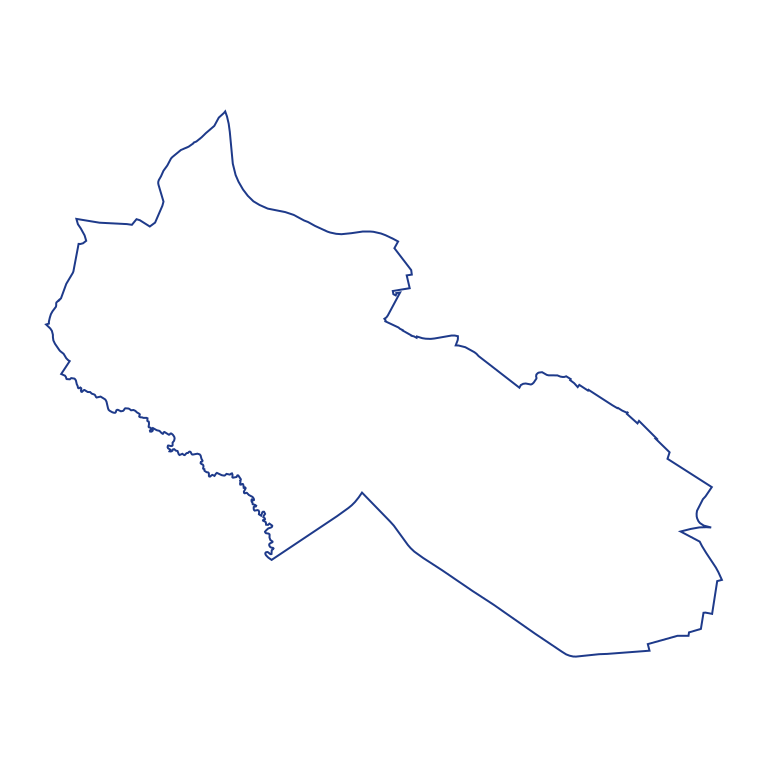 the district of Cumberland, New South Wales, Australia
{"feature_id": "25037944B74007778337807", "entity_name": "Cumberland", "entity_type": "district", "adm_level": 2, "iso_a3": "AUS", "parent_name": "Australia", "parent_adm1": "New South Wales", "projection": "natural_earth1", "projection_center": [150.958, -33.837], "detail": "fine", "context": "isolated", "style": "outline", "palette": "blue", "viewbox_px": 768, "rotation_deg": 0, "n_neighbors": 0, "source": "geoboundaries", "source_scale": "gbopen_adm2", "svg_char_len": 6060}
<svg xmlns="http://www.w3.org/2000/svg" viewBox="0 0 768 768"><path d="M46.1,324.5L50.3,328.5L51.9,330.9L52.9,334.8L52.9,337.1L53.4,340.5L55.0,343.8L59.4,350.2L60.3,351.2L63.6,353.8L66.3,358.3L68.2,360.2L69.7,361.1L61.2,374.0L65.0,375.7L66.0,377.2L66.4,378.8L66.8,379.1L69.8,379.3L71.2,378.1L74.4,378.6L74.9,379.0L75.9,380.4L76.8,384.3L77.6,385.9L78.0,387.8L78.9,388.3L80.3,387.5L81.2,388.2L81.3,388.9L80.9,390.7L81.4,391.8L81.9,391.9L83.7,390.2L84.5,390.0L87.7,392.0L90.2,392.1L91.7,393.6L94.5,394.6L95.1,395.2L96.0,397.0L96.6,397.5L100.6,396.6L105.0,399.3L105.7,400.1L106.5,401.7L108.0,408.2L108.6,409.8L109.7,410.8L112.4,412.3L114.2,412.8L115.3,412.7L115.8,412.1L116.4,410.3L117.2,409.8L118.1,409.9L120.9,411.3L123.0,410.9L123.7,410.3L124.8,408.6L125.3,408.3L128.3,408.5L129.3,408.9L131.1,410.3L133.5,410.0L135.4,410.9L136.8,412.3L139.5,413.9L139.8,414.6L139.2,416.4L139.5,416.9L140.6,417.3L142.2,417.4L143.4,417.9L146.6,417.9L147.5,418.3L147.3,420.8L148.0,421.4L148.6,421.5L148.9,422.1L149.0,424.1L148.6,426.8L149.0,427.3L150.6,427.8L151.2,428.7L151.1,429.1L149.9,430.7L150.2,431.6L151.6,431.6L152.6,430.8L152.8,430.2L152.1,428.5L152.8,428.0L156.7,430.2L159.5,430.9L161.5,433.0L162.7,433.8L163.1,433.7L163.7,432.3L164.5,432.0L168.8,434.7L169.5,434.6L170.5,433.5L171.3,433.5L172.8,434.7L173.8,436.1L174.4,437.2L174.6,438.5L174.1,440.7L172.6,442.6L172.6,445.3L172.3,445.8L171.0,446.1L168.6,445.5L168.0,445.6L167.8,446.1L167.6,447.2L168.1,448.3L170.4,449.7L169.5,451.3L170.8,451.5L171.7,451.2L172.4,450.7L173.1,449.3L174.3,449.2L175.8,450.6L177.5,451.0L178.8,454.4L179.6,455.0L182.4,453.8L183.8,454.9L184.7,455.1L186.2,453.5L187.0,453.0L187.9,453.0L189.1,451.8L189.8,451.6L190.5,451.9L191.7,454.1L192.2,454.5L193.3,454.5L197.4,453.7L199.7,454.4L200.6,455.5L201.5,458.9L202.5,460.6L202.3,461.4L200.9,461.9L200.6,463.1L201.5,464.1L202.5,464.4L203.2,465.1L203.5,466.2L203.1,468.4L203.3,468.8L204.4,469.2L204.4,470.4L204.6,470.9L206.6,472.2L208.1,472.4L208.6,472.8L208.9,473.7L208.9,476.0L209.3,476.5L210.2,476.5L211.7,475.2L212.5,474.9L214.5,475.9L216.0,473.6L216.9,472.9L221.8,475.2L224.2,475.6L224.9,475.4L226.5,473.9L229.8,474.6L231.4,473.5L232.0,473.4L232.5,474.7L232.4,477.3L233.0,477.7L236.5,477.0L237.4,475.4L237.9,475.3L238.4,475.6L240.8,479.2L240.8,479.9L240.1,480.6L240.5,481.8L240.1,483.3L240.2,484.5L240.9,484.7L242.0,484.0L242.8,484.0L243.4,485.1L243.7,487.9L244.3,488.0L245.0,487.4L245.5,487.8L245.6,488.4L243.9,491.6L244.0,492.8L244.8,493.3L246.4,492.8L246.9,492.9L248.9,495.0L252.5,496.9L253.7,498.5L254.0,499.7L253.9,500.1L252.9,500.5L251.8,499.5L251.6,499.7L251.5,500.7L251.7,501.7L252.5,502.9L252.7,504.2L255.0,504.9L256.2,505.7L255.9,506.4L254.0,506.8L253.7,507.1L253.7,509.0L254.1,510.1L254.7,510.6L257.5,510.1L258.6,510.5L259.2,511.9L258.9,514.3L261.1,515.7L262.3,512.3L263.1,511.7L264.1,511.8L265.1,513.9L263.9,515.5L263.3,517.1L264.8,518.4L265.0,519.2L264.5,519.8L263.2,520.0L263.0,520.6L265.6,522.0L265.9,522.8L266.1,524.7L268.0,524.9L269.4,523.6L272.2,525.6L272.2,526.2L271.8,527.0L270.8,527.6L268.3,528.4L266.5,530.0L265.0,531.7L265.2,532.4L266.0,533.2L268.6,533.6L269.4,534.2L269.6,534.8L269.5,537.5L270.3,539.9L272.5,541.5L272.4,542.2L270.0,543.4L269.4,544.0L269.2,544.6L269.3,545.6L270.1,546.9L271.3,547.6L273.0,547.9L273.5,548.4L273.1,549.2L272.1,549.8L271.7,550.5L271.5,554.0L270.9,554.2L270.2,554.0L268.1,552.3L267.2,552.0L265.8,552.4L265.3,553.2L265.5,554.4L266.1,555.4L268.3,557.6L271.6,559.9L337.0,516.2L348.4,508.0L351.7,505.3L355.0,502.0L358.7,497.4L362.0,492.6L390.0,521.4L393.8,525.6L407.9,545.0L410.6,548.1L414.3,551.6L423.2,558.0L442.2,570.3L472.4,590.9L493.6,604.7L535.1,633.7L561.9,651.7L566.2,654.4L569.6,655.7L573.1,656.5L576.0,656.6L599.1,654.2L607.2,653.9L649.5,650.7L647.8,644.1L677.5,635.8L688.5,635.8L689.0,632.4L700.9,628.9L703.5,612.8L705.4,612.6L712.1,613.9L717.2,581.1L721.9,579.9L718.4,572.2L715.9,567.6L706.1,552.8L702.0,546.1L699.7,541.6L680.6,531.5L690.9,528.9L699.4,527.4L706.4,527.2L711.2,527.5L703.8,525.6L700.0,523.1L698.5,521.3L697.2,518.5L696.7,516.5L696.6,513.7L697.0,510.8L702.9,499.2L705.5,496.4L711.8,487.1L667.5,458.8L669.6,452.3L655.7,438.8L656.7,438.6L639.0,420.9L637.5,423.4L626.9,413.9L627.7,412.6L627.3,412.3L626.6,412.6L622.2,410.6L617.9,407.9L617.4,408.2L612.3,405.2L588.5,389.8L588.0,390.6L579.3,384.9L577.7,387.1L574.2,383.2L570.1,380.1L570.7,379.1L566.2,376.3L564.5,376.9L562.9,377.0L560.4,376.6L557.4,375.4L548.5,375.3L546.8,374.9L542.1,372.2L538.8,372.6L537.8,373.1L536.4,374.5L536.1,376.3L536.5,378.0L536.4,378.6L533.7,382.6L532.3,383.9L530.9,384.5L525.7,383.5L523.2,383.8L520.8,385.1L519.4,387.7L478.6,356.1L476.5,353.8L474.4,352.2L465.3,347.2L458.5,345.5L455.7,345.4L457.7,340.1L457.9,338.7L457.9,336.2L454.6,335.5L451.7,335.5L434.4,338.5L430.6,338.9L425.7,338.7L422.4,338.2L416.9,336.5L416.6,337.8L414.0,336.4L411.5,335.8L411.5,335.5L402.6,330.5L402.7,330.1L400.0,328.8L398.5,327.5L385.3,321.3L385.6,320.3L384.4,318.8L386.4,317.4L387.8,315.5L400.1,292.5L396.3,293.1L396.5,293.9L395.7,295.4L393.4,294.2L392.8,291.0L409.7,288.2L406.7,275.4L411.8,274.6L411.2,270.1L394.4,248.2L398.1,241.5L393.5,239.0L385.5,235.2L381.0,233.5L373.5,231.8L369.9,231.5L363.0,231.5L351.3,233.2L341.4,234.2L336.1,233.8L330.1,232.5L327.4,231.6L315.0,225.9L308.0,222.0L304.1,220.5L293.7,214.9L285.3,212.1L267.7,208.6L259.6,205.0L253.4,201.3L247.8,195.8L243.0,189.5L238.5,181.7L235.6,175.0L232.8,163.7L229.8,131.9L228.7,123.8L227.0,116.5L225.2,111.4L224.0,112.9L218.8,117.6L214.3,125.9L205.9,133.1L201.6,137.3L196.4,141.5L193.7,142.6L193.3,143.4L188.6,146.7L180.9,150.0L172.4,157.0L171.0,158.5L167.3,165.5L163.5,170.7L161.0,176.3L158.8,180.1L158.3,181.7L158.2,183.1L158.5,184.8L163.5,201.6L162.4,205.7L155.1,222.6L149.8,226.5L139.8,220.2L136.5,219.2L131.9,224.8L127.0,224.1L99.5,222.7L76.4,218.9L77.9,224.2L80.7,228.3L84.6,235.4L86.2,240.8L83.0,243.3L80.3,244.0L78.6,243.9L73.4,271.4L72.8,272.9L66.3,283.8L61.0,298.3L59.1,300.3L59.0,300.0L56.4,302.5L56.2,303.4L56.2,305.4L55.9,306.8L52.5,311.3L50.9,314.2L49.8,317.7L48.9,321.6L48.9,323.6L46.1,324.5Z" fill="none" stroke="#1e3a8a" stroke-width="2"/></svg>